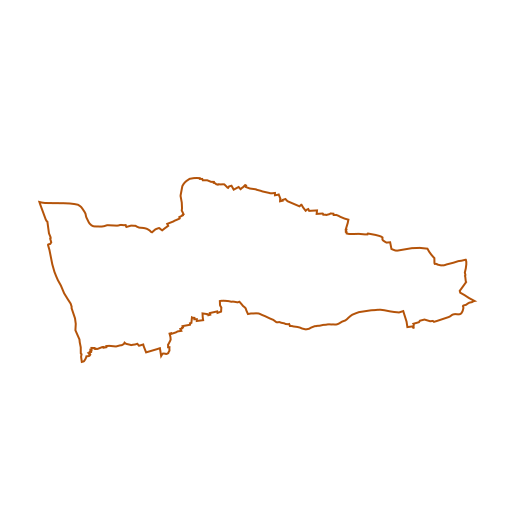 the district of Bang Sai, Phra Nakhon Si Ayutthaya, Thailand, rotated 252°
{"feature_id": "78962969B611560347556", "entity_name": "Bang Sai", "entity_type": "district", "adm_level": 2, "iso_a3": "THA", "parent_name": "Thailand", "parent_adm1": "Phra Nakhon Si Ayutthaya", "projection": "robinson", "projection_center": [100.288, 14.305], "detail": "fine", "context": "isolated", "style": "outline", "palette": "amber", "viewbox_px": 512, "rotation_deg": 252, "n_neighbors": 0, "source": "geoboundaries", "source_scale": "gbopen_adm2", "svg_char_len": 6039}
<svg xmlns="http://www.w3.org/2000/svg" viewBox="0 0 512 512"><g transform="rotate(252 256 256)"><path d="M141.6,378.0L140.7,382.9L139.1,383.4L139.1,383.8L140.2,384.0L142.3,385.0L142.9,384.8L142.7,390.5L143.8,391.9L143.5,396.6L140.1,401.5L139.6,404.1L138.4,404.9L138.3,408.2L138.4,420.4L138.6,421.9L139.4,424.3L139.5,425.5L139.2,427.5L138.3,429.6L137.9,430.7L137.7,431.7L137.7,432.5L137.9,433.1L138.1,433.6L139.3,435.0L140.1,435.7L142.5,437.2L143.1,437.3L144.3,437.3L144.7,437.7L144.8,438.5L144.7,440.2L144.7,440.9L145.3,442.5L145.7,444.5L145.4,447.0L145.5,447.8L145.8,448.8L145.7,449.9L150.4,445.4L154.4,442.2L158.0,438.9L159.9,439.0L162.4,442.5L166.3,447.8L166.7,447.7L167.2,447.7L171.6,448.6L172.5,448.6L173.2,449.3L175.7,449.5L179.4,451.7L183.0,453.4L185.4,454.2L187.6,454.4L187.7,454.2L188.0,450.0L188.6,446.9L188.6,441.8L189.1,434.3L189.0,433.7L189.1,431.7L189.9,429.1L190.3,428.4L191.6,426.2L192.1,425.6L192.5,425.5L192.9,424.8L193.2,423.6L193.6,423.5L194.4,423.6L198.9,425.0L200.3,424.3L203.2,423.1L206.6,422.0L210.0,421.3L213.1,414.3L215.3,406.6L217.3,393.0L217.3,392.5L218.1,390.3L219.7,388.3L220.8,387.0L227.6,387.8L228.4,384.3L229.3,383.4L231.3,381.8L232.2,381.4L233.0,381.4L234.3,382.0L234.6,382.0L235.7,381.1L236.9,379.6L239.1,376.2L242.8,369.4L242.8,369.2L242.1,368.7L243.0,366.0L245.3,360.6L246.7,355.8L248.0,351.8L248.5,350.7L249.4,349.2L250.7,349.5L250.9,348.9L251.2,348.8L253.1,350.1L253.4,349.5L259.0,353.4L262.0,355.1L264.2,351.8L267.2,348.3L268.7,346.9L270.2,345.1L271.0,342.5L272.3,342.7L273.4,340.1L273.1,338.9L273.3,335.4L273.7,335.0L274.5,332.7L275.6,332.7L275.8,332.5L277.3,326.7L280.5,328.1L282.5,320.5L284.5,320.2L284.4,318.9L283.7,317.2L287.6,315.8L290.7,315.1L290.8,314.9L289.8,312.7L298.2,303.1L299.1,302.5L301.1,301.6L301.1,298.8L300.3,298.4L300.8,296.9L300.5,296.7L300.6,295.8L302.7,296.6L302.8,296.9L307.5,296.6L307.5,295.6L307.9,292.8L308.5,293.0L310.1,293.5L310.7,290.5L311.3,288.9L312.1,287.7L315.4,282.1L316.5,280.7L319.0,276.8L319.4,276.6L322.1,271.0L324.9,267.5L325.3,267.5L326.1,268.3L326.8,267.6L325.2,264.4L325.2,263.9L324.3,262.0L325.3,261.5L327.0,260.8L326.0,255.3L330.4,254.4L330.5,251.9L329.4,250.5L329.9,250.0L330.8,249.6L333.9,248.0L334.4,246.8L335.0,244.5L335.9,242.3L335.9,242.1L335.6,241.8L335.7,241.6L336.6,240.3L337.6,239.8L337.9,239.5L338.6,238.4L339.5,238.8L340.4,236.2L343.1,233.0L344.5,228.8L345.9,228.7L346.7,226.4L347.4,226.6L348.4,224.0L349.1,221.7L349.4,220.2L349.9,216.7L348.8,212.9L348.4,212.0L347.8,210.8L346.8,209.3L345.4,207.7L344.8,207.3L337.3,203.2L336.4,202.8L329.7,201.9L324.3,200.4L322.1,199.4L321.2,199.6L318.1,200.0L317.9,199.0L317.3,199.0L316.7,195.1L315.4,195.1L315.2,194.8L314.9,191.8L314.7,189.2L314.4,188.3L314.0,181.5L311.8,181.8L310.6,178.0L309.4,174.7L311.3,173.3L312.3,172.8L312.6,171.9L312.5,169.3L312.3,168.2L310.7,164.5L310.8,164.4L311.0,164.0L311.4,163.6L313.1,162.8L315.2,161.0L315.8,160.3L316.8,158.8L317.8,156.8L318.9,154.1L319.3,153.4L320.9,151.6L321.9,150.8L323.5,146.6L323.7,141.7L324.0,141.6L325.7,141.6L326.1,139.9L327.2,137.4L327.5,136.3L327.5,134.9L327.8,133.2L331.2,124.3L331.3,123.7L331.3,120.8L331.7,118.3L334.1,111.4L334.8,110.2L336.0,109.0L336.9,108.5L338.2,107.8L339.5,107.4L345.0,106.6L346.1,106.6L348.9,106.9L350.8,106.6L354.4,105.6L356.5,104.9L357.5,104.3L359.6,102.7L360.0,102.1L361.5,99.4L363.5,95.1L365.6,89.5L370.1,76.1L371.7,71.5L373.0,68.8L374.3,66.7L372.0,66.7L355.9,67.3L354.1,67.6L353.1,68.2L341.5,66.1L337.7,66.4L336.6,66.3L336.4,66.2L336.3,65.7L336.1,65.6L332.3,65.5L331.1,64.1L331.2,62.1L331.1,61.8L330.7,61.6L325.4,61.4L311.1,59.7L303.2,59.4L298.4,59.7L294.3,60.1L288.2,61.3L279.8,62.0L273.2,63.6L268.0,65.0L264.8,65.0L263.4,64.5L262.1,64.5L252.6,64.6L247.1,63.6L241.2,61.3L231.2,62.3L228.4,61.7L223.3,61.1L217.6,59.3L217.3,59.3L216.5,59.7L214.2,58.5L209.1,57.6L209.0,59.3L209.1,59.9L210.5,61.7L212.1,63.2L213.0,63.7L212.5,66.1L212.6,66.8L213.0,67.4L213.4,67.9L214.0,67.7L214.1,67.1L215.4,66.7L215.2,68.0L216.1,68.2L215.7,69.6L216.1,69.8L216.3,68.9L218.1,69.5L217.7,70.7L219.4,71.1L218.4,74.0L217.7,73.8L217.3,74.9L217.1,74.8L216.6,76.6L216.9,81.6L216.6,82.9L215.9,82.7L215.5,85.5L216.6,85.8L215.9,88.7L213.5,94.2L213.2,95.0L213.0,99.1L212.7,100.5L212.7,101.1L213.2,103.2L214.2,104.2L213.2,104.8L212.5,105.5L210.5,108.8L209.9,109.6L209.7,110.3L209.7,111.1L209.2,113.8L209.2,116.0L206.8,117.0L206.7,121.4L204.9,121.3L198.3,121.7L198.0,133.0L198.0,136.1L190.2,134.9L191.6,136.5L192.0,137.4L191.3,139.2L190.6,140.2L190.5,141.0L190.7,142.5L191.1,142.7L192.6,144.3L193.1,144.6L194.4,144.9L196.0,145.5L196.4,144.2L198.2,144.8L198.7,144.9L198.9,145.0L199.5,145.8L201.9,148.2L202.9,149.0L205.4,149.6L208.9,149.8L208.8,151.5L208.1,151.4L208.1,156.3L208.5,158.1L207.9,161.8L210.0,161.5L210.0,163.4L210.7,163.5L210.7,164.5L212.0,164.5L211.0,172.0L211.8,172.5L212.4,172.5L212.4,173.9L217.4,176.1L216.9,176.6L216.2,178.3L214.9,177.8L214.2,180.2L212.5,179.6L211.3,185.9L214.2,186.4L217.9,187.4L215.7,191.9L215.4,191.8L215.0,192.8L214.4,192.6L214.3,194.4L216.0,194.5L215.3,202.0L213.8,201.8L213.9,205.6L217.7,207.1L219.4,206.7L220.4,206.6L224.3,207.7L224.1,209.2L223.5,211.2L223.0,212.6L221.5,216.1L220.1,218.4L219.8,219.8L219.4,220.8L217.6,224.2L217.6,226.1L214.6,227.4L212.5,228.2L210.7,229.4L209.4,230.0L207.2,230.0L203.3,230.4L202.9,233.5L202.2,235.6L201.4,238.6L200.5,240.8L199.7,241.8L198.0,243.6L196.0,246.0L192.3,249.9L189.9,252.7L186.8,254.9L186.4,255.6L185.9,257.9L184.7,259.4L183.2,262.1L182.2,263.1L181.1,265.6L181.1,266.5L179.7,266.7L179.0,266.6L178.2,268.7L177.5,269.7L175.8,273.3L174.4,275.6L172.8,277.4L170.9,280.5L170.7,281.4L170.4,283.9L170.9,286.4L171.1,290.2L170.7,291.6L170.7,292.4L170.0,295.1L169.7,298.6L169.0,301.3L168.8,303.0L168.4,304.5L167.4,307.0L167.2,308.0L166.4,309.9L166.0,311.4L166.0,312.5L166.1,313.8L167.0,317.7L167.1,320.9L167.7,322.8L168.7,324.8L169.7,327.2L170.4,329.4L170.7,333.5L170.8,336.6L168.8,348.7L167.8,352.4L167.3,354.8L166.5,357.6L164.8,361.2L161.9,366.4L160.1,370.0L158.4,373.9L158.1,374.5L158.1,379.0L147.0,378.9L141.6,378.0Z" fill="none" stroke="#b45309" stroke-width="2"/></g></svg>